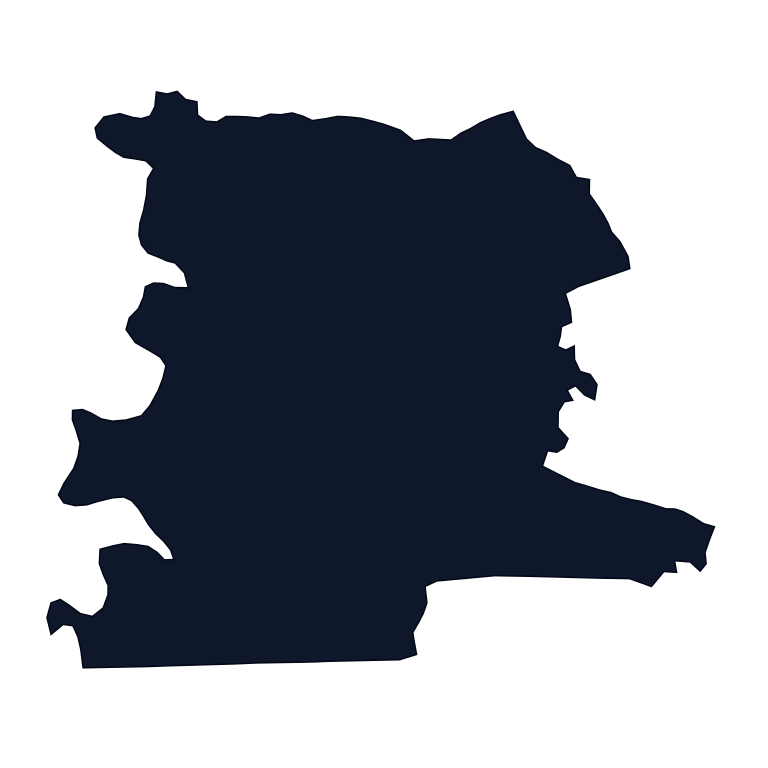 the district of Descanso, Santa Catarina, Brazil, rotated 181°
{"feature_id": "56859067B97480516483925", "entity_name": "Descanso", "entity_type": "district", "adm_level": 2, "iso_a3": "BRA", "parent_name": "Brazil", "parent_adm1": "Santa Catarina", "projection": "mercator", "projection_center": [-53.473, -26.861], "detail": "fine", "context": "isolated", "style": "filled", "palette": "ink", "viewbox_px": 768, "rotation_deg": 181, "n_neighbors": 0, "source": "geoboundaries", "source_scale": "gbopen_adm2", "svg_char_len": 2746}
<svg xmlns="http://www.w3.org/2000/svg" viewBox="0 0 768 768"><g transform="rotate(181 384 384)"><path d="M51.1,247.0L62.0,249.9L72.9,256.5L82.8,261.6L90.9,264.1L99.9,264.1L113.4,268.1L124.7,271.1L134.4,272.6L145.5,275.2L154.7,279.3L167.3,281.9L178.6,285.3L191.6,288.8L224.2,304.6L219.3,320.2L210.1,318.8L202.9,323.4L199.0,332.5L209.3,343.5L209.3,359.3L203.4,369.4L195.0,371.0L200.8,381.0L192.5,385.6L183.2,376.5L173.1,371.9L171.0,387.1L178.1,397.2L188.1,400.0L193.9,411.6L194.5,425.3L202.9,421.1L211.2,424.7L208.6,434.7L207.5,444.4L197.6,449.0L199.0,461.6L204.3,477.8L191.3,484.9L140.2,503.7L142.3,515.9L150.6,530.5L159.1,539.8L162.8,548.5L167.9,557.6L173.7,566.1L182.1,577.7L182.1,592.0L195.3,593.9L202.0,605.6L214.2,611.7L225.6,618.4L236.6,623.0L245.9,631.5L259.6,658.9L273.0,655.0L281.1,651.8L291.5,647.3L302.1,640.8L311.4,636.2L321.1,629.1L333.3,629.5L343.5,629.9L358.1,627.5L372.0,638.0L388.9,643.7L400.6,646.7L411.8,649.3L422.8,650.3L434.6,650.8L446.7,648.3L460.3,646.1L469.6,650.3L480.5,653.4L492.0,651.4L502.7,651.8L513.6,647.7L525.5,648.7L535.3,648.9L546.6,648.7L555.6,643.1L566.8,643.7L575.1,649.7L576.0,662.9L587.6,665.1L595.9,673.0L605.8,670.2L616.7,672.0L617.9,657.4L622.5,647.9L631.1,645.1L639.8,646.1L652.8,649.7L668.7,646.1L677.3,635.0L675.0,625.0L665.0,616.9L656.3,610.7L648.2,606.2L635.7,604.6L626.0,603.0L618.1,595.5L623.9,584.9L624.8,568.3L627.4,553.4L630.8,540.8L631.7,528.6L628.9,518.9L622.2,510.8L612.5,507.2L603.1,503.3L594.9,501.3L585.5,491.6L581.3,476.8L594.9,476.8L606.3,480.6L616.2,480.9L624.3,477.0L626.0,466.7L630.8,455.1L639.8,445.6L642.8,433.9L633.4,421.1L619.3,413.4L608.1,406.9L602.3,398.4L605.2,385.6L609.5,373.9L617.6,358.3L626.0,348.0L641.2,343.5L654.6,342.1L666.0,344.1L676.4,349.8L685.0,353.2L694.9,352.2L694.9,342.7L690.9,332.1L686.8,319.2L688.6,306.6L692.6,294.4L702.1,279.3L707.6,267.5L702.1,259.6L690.9,257.0L679.1,258.0L668.1,261.6L653.3,265.5L642.1,266.5L634.3,263.0L627.1,255.1L622.0,247.4L617.0,239.3L609.5,230.2L601.7,223.1L594.5,214.4L591.0,204.9L600.5,204.3L608.1,211.8L617.0,217.4L627.6,218.9L641.0,219.9L652.3,217.4L665.0,213.8L665.5,199.6L661.4,188.6L656.3,177.9L656.3,168.4L660.9,155.2L671.5,146.5L683.5,149.1L695.4,157.6L703.9,162.9L713.1,159.3L716.9,144.5L712.5,127.8L700.7,138.0L690.9,136.9L685.7,126.2L682.6,113.6L679.9,95.0L614.4,97.4L596.8,98.4L561.9,100.0L529.3,101.5L506.2,102.9L488.8,103.5L459.7,104.5L445.7,105.1L437.2,105.7L363.6,108.6L346.7,114.2L349.1,125.8L350.9,136.1L345.1,146.5L340.8,155.2L337.3,165.9L339.4,182.4L327.8,188.0L270.0,194.3L240.1,194.3L209.3,194.1L165.9,193.7L143.9,193.7L135.1,193.7L113.1,186.2L100.9,201.4L88.2,200.8L90.4,212.4L74.7,211.4L64.6,202.4L58.8,209.9L60.1,221.1L56.0,233.6L51.1,247.0Z" fill="#0f172a" stroke="#020617" stroke-width="1.5"/></g></svg>